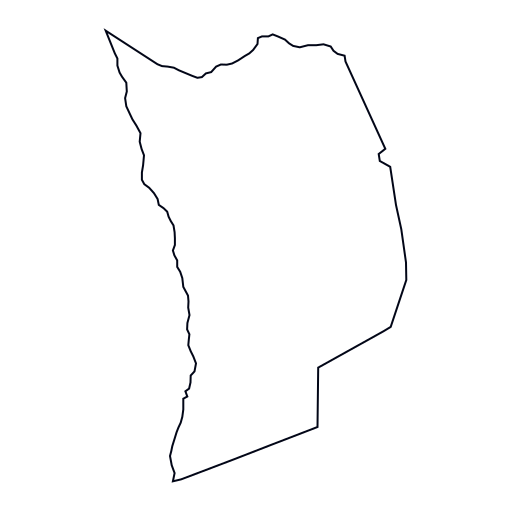 the district of Aramari, Bahia, Brazil
{"feature_id": "56859067B32127453962752", "entity_name": "Aramari", "entity_type": "district", "adm_level": 2, "iso_a3": "BRA", "parent_name": "Brazil", "parent_adm1": "Bahia", "projection": "robinson", "projection_center": [-38.561, -12.063], "detail": "fine", "context": "isolated", "style": "outline", "palette": "ink", "viewbox_px": 512, "rotation_deg": 0, "n_neighbors": 0, "source": "geoboundaries", "source_scale": "gbopen_adm2", "svg_char_len": 1580}
<svg xmlns="http://www.w3.org/2000/svg" viewBox="0 0 512 512"><path d="M105.7,30.7L114.8,53.3L117.4,58.5L117.4,65.6L119.6,72.6L122.0,76.7L126.3,82.7L126.8,91.5L125.1,98.1L126.3,106.3L129.8,113.8L132.4,119.3L136.5,125.8L140.5,133.2L139.7,141.7L141.6,149.0L144.0,155.3L143.1,165.2L141.9,172.5L141.9,179.8L144.3,184.2L149.2,187.8L154.0,193.2L157.6,199.0L158.8,204.9L163.6,208.2L167.2,211.7L168.6,216.7L170.8,221.1L173.5,225.4L174.6,232.2L174.9,238.2L174.9,245.0L172.9,250.5L174.4,255.4L177.2,260.4L177.2,266.9L180.2,271.8L182.3,278.1L183.3,286.9L188.0,295.6L188.5,301.5L188.2,307.6L189.5,315.1L187.4,323.0L187.1,329.4L189.4,334.3L188.8,339.7L188.3,345.2L190.7,351.2L193.3,356.4L196.0,363.4L194.5,371.4L190.7,375.5L190.5,382.5L189.1,388.6L185.4,391.3L187.3,396.5L183.3,398.7L183.3,404.3L183.3,409.5L182.3,416.9L180.7,422.7L178.4,427.6L176.6,432.2L174.7,438.4L172.3,446.1L171.3,451.0L170.0,456.0L171.7,465.2L174.6,473.1L172.9,481.3L181.0,479.4L234.0,459.3L271.3,444.8L317.5,427.0L318.2,367.6L383.6,331.2L390.7,326.9L406.3,280.0L406.0,262.5L401.3,229.3L396.0,205.0L390.2,166.8L379.8,161.0L378.7,154.0L385.3,148.8L345.5,61.5L344.6,55.7L337.6,53.9L333.5,50.8L330.7,46.5L323.5,44.3L316.3,45.2L308.0,45.2L299.8,47.3L293.1,45.9L289.0,43.3L285.0,39.6L278.0,36.5L272.7,34.4L268.4,36.4L262.0,36.4L257.9,38.1L257.5,44.0L253.1,50.0L249.3,53.4L244.8,56.0L238.1,60.4L232.1,63.5L226.8,64.7L220.9,64.5L216.1,66.6L211.2,72.1L205.9,73.4L201.9,77.1L197.4,77.8L192.3,75.9L185.1,72.9L178.9,70.3L173.9,67.7L167.7,66.6L162.0,66.1L157.4,64.2L105.7,30.7Z" fill="none" stroke="#020617" stroke-width="2"/></svg>